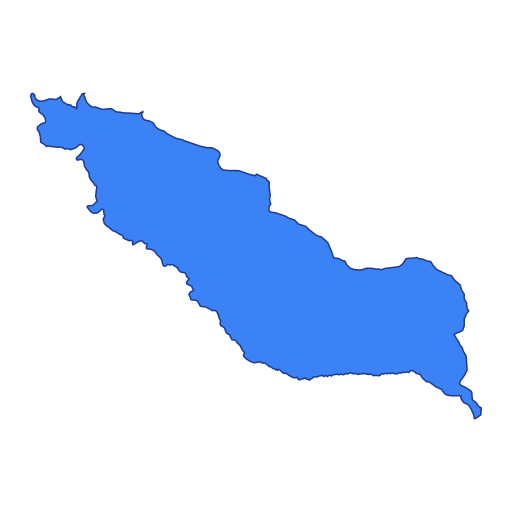 Mjanyane, Quthing, Lesotho
{"feature_id": "5366337B93918121901392", "entity_name": "Mjanyane", "entity_type": "district", "adm_level": 2, "iso_a3": "LSO", "parent_name": "Lesotho", "parent_adm1": "Quthing", "projection": "mercator", "projection_center": [27.716, -30.528], "detail": "fine", "context": "isolated", "style": "filled", "palette": "blue", "viewbox_px": 512, "rotation_deg": 0, "n_neighbors": 0, "source": "geoboundaries", "source_scale": "gbopen_adm2", "svg_char_len": 5984}
<svg xmlns="http://www.w3.org/2000/svg" viewBox="0 0 512 512"><path d="M60.5,96.6L59.9,97.2L56.2,99.4L49.4,98.9L43.1,101.1L39.5,101.1L36.4,99.7L34.5,96.6L34.9,95.7L33.3,93.5L31.5,93.7L31.0,94.9L30.7,96.6L32.1,101.7L33.3,104.0L34.7,105.7L36.8,107.2L38.2,107.3L39.1,108.5L39.1,109.3L38.6,110.7L39.2,111.9L40.8,113.3L42.5,114.2L45.2,118.0L45.6,121.0L45.5,122.2L45.1,122.7L42.0,123.5L40.3,124.5L39.2,125.7L37.7,126.6L37.3,127.6L37.4,129.8L38.7,131.3L39.2,132.4L40.4,137.0L40.7,142.2L44.2,144.3L46.7,146.6L47.9,145.7L51.0,146.5L57.5,147.2L61.6,147.1L64.8,149.1L66.6,148.7L68.9,148.9L70.1,149.7L72.6,149.1L76.4,147.5L78.9,145.0L80.7,144.4L82.2,144.9L83.1,145.8L84.3,148.3L84.2,149.0L80.5,153.9L78.7,155.9L77.2,157.0L76.2,158.9L77.3,160.1L78.7,160.0L80.0,159.3L82.2,159.8L83.5,160.4L84.6,166.4L87.0,170.4L88.3,171.6L89.3,174.6L89.1,175.7L89.6,177.6L90.0,177.8L90.2,178.7L91.8,181.2L93.3,182.5L94.5,184.8L96.8,186.4L95.7,195.9L96.2,198.6L96.5,198.9L96.9,200.1L96.9,201.3L92.8,205.4L87.5,206.0L87.2,207.2L89.5,210.2L91.0,211.9L93.7,213.3L96.5,213.1L98.7,212.1L102.1,209.0L103.6,209.6L103.7,212.3L104.1,213.4L104.0,214.3L104.9,215.6L105.0,216.6L104.2,217.2L103.3,219.0L103.5,221.0L104.1,222.0L104.2,223.4L107.0,226.2L108.5,227.1L112.8,230.7L115.4,231.6L120.5,234.8L122.2,235.1L123.1,236.6L123.4,238.0L123.9,238.4L129.3,240.8L131.4,240.3L132.5,240.9L132.8,241.8L132.4,243.1L132.7,244.5L133.2,244.7L138.7,241.5L140.9,240.9L141.9,241.0L142.7,241.6L144.8,243.7L146.6,243.6L147.0,243.9L147.2,244.6L146.3,247.0L146.6,248.6L147.5,249.0L150.5,249.1L154.4,251.0L157.0,254.5L160.7,258.1L162.2,261.1L162.3,262.8L163.4,265.7L164.3,266.2L165.4,266.2L167.8,264.4L170.0,265.1L171.0,264.5L172.6,264.7L177.3,267.7L178.7,270.0L180.6,272.0L184.5,272.7L185.7,273.5L186.9,277.0L188.6,278.2L189.0,278.8L186.6,282.0L186.7,283.9L191.7,286.3L192.5,288.4L193.7,290.0L192.6,291.0L190.7,291.8L189.0,294.1L189.2,295.2L190.4,297.5L190.6,299.1L191.3,299.8L193.9,300.0L196.9,300.6L199.2,303.8L199.8,305.5L200.8,306.4L205.7,306.9L210.6,309.5L212.1,310.6L215.3,310.5L217.0,311.9L218.5,315.5L219.1,318.2L220.3,320.0L220.5,321.6L220.1,322.9L220.2,324.6L221.3,326.0L222.9,326.7L224.4,327.8L226.2,332.6L227.1,333.5L230.1,335.2L230.2,336.8L231.2,337.7L231.4,338.9L232.0,339.8L234.8,339.9L236.3,341.5L237.3,343.0L240.1,345.4L242.0,349.6L244.5,352.6L244.5,353.3L243.5,354.8L243.6,356.2L246.1,358.8L249.9,361.2L253.6,362.7L255.5,362.7L256.9,362.3L258.2,362.4L259.6,361.7L260.6,361.9L261.2,362.7L263.7,363.2L264.2,362.9L265.2,363.1L267.6,365.1L268.4,365.2L268.6,366.0L269.0,366.5L270.6,366.7L272.8,368.4L275.0,369.0L275.7,369.8L276.6,369.8L277.4,370.4L278.2,369.4L278.7,369.2L280.9,370.9L282.0,372.2L283.1,372.6L283.5,373.4L285.9,373.3L287.5,374.2L288.7,375.3L292.9,377.5L295.5,377.8L296.9,377.1L298.2,379.3L299.9,379.9L301.5,378.8L303.0,378.9L304.6,378.1L305.5,378.3L306.7,379.2L308.3,379.3L309.3,380.1L310.1,379.3L311.9,378.6L313.5,377.0L317.7,376.8L319.0,375.9L320.1,375.9L321.4,375.4L324.5,376.5L325.2,375.6L326.1,375.5L327.2,376.6L329.2,375.2L330.2,375.3L331.2,376.0L332.6,375.4L333.5,374.5L335.9,374.6L337.2,373.9L339.0,374.9L340.4,374.2L343.5,374.7L344.1,374.6L345.0,373.6L347.8,374.0L349.9,372.7L352.0,373.3L352.6,373.7L353.7,373.9L355.0,373.3L358.3,374.4L359.0,374.3L359.5,373.8L362.4,373.9L364.8,373.5L366.9,374.3L367.6,374.0L368.5,374.5L370.9,374.2L372.3,374.7L373.2,375.6L374.8,375.6L375.2,375.3L378.1,375.7L380.1,375.5L380.2,374.8L381.9,373.7L383.6,374.1L385.3,373.3L387.5,373.8L388.5,373.2L390.3,373.6L391.1,373.2L392.8,373.0L394.2,373.8L395.9,373.7L397.0,374.0L399.2,372.6L400.8,373.1L402.8,372.3L404.5,372.5L406.2,371.9L409.0,372.5L410.3,370.6L411.3,370.5L414.2,371.4L416.2,373.3L419.7,374.2L420.9,375.4L422.5,378.1L426.6,381.8L429.0,381.8L436.2,387.0L441.6,389.4L444.3,393.4L447.1,395.1L451.5,395.8L460.8,395.8L460.9,398.1L462.2,400.6L463.9,402.7L468.3,404.7L470.4,407.8L472.2,411.2L473.8,415.3L474.3,418.5L475.6,418.4L480.8,414.8L481.3,408.0L478.3,406.2L476.7,403.2L472.3,399.6L471.8,392.6L471.0,391.1L468.0,388.9L464.7,387.0L461.1,385.4L459.6,383.7L460.0,381.5L464.6,375.1L467.1,370.1L466.4,359.3L466.0,355.9L463.2,351.0L462.1,347.4L459.6,344.6L459.1,342.7L454.1,334.7L456.5,333.0L459.1,332.3L462.7,330.2L464.2,326.0L464.3,318.7L466.8,313.2L468.7,310.9L467.0,308.5L466.6,303.2L464.2,298.4L464.2,294.1L461.7,290.3L460.0,284.8L454.7,280.3L451.3,275.6L447.6,274.8L436.7,269.5L432.9,265.2L430.8,261.6L426.5,260.8L422.2,259.0L419.3,258.7L416.7,257.5L413.1,258.2L408.6,258.2L406.1,258.7L402.6,264.0L399.1,266.7L385.3,268.4L381.5,269.7L378.3,269.0L376.3,269.2L372.7,268.4L366.6,268.2L362.5,269.6L360.0,270.1L354.4,269.5L351.2,268.6L349.8,267.8L346.8,265.0L344.8,261.0L342.7,260.7L338.5,258.5L333.6,257.8L331.8,252.1L327.9,242.9L326.1,241.0L321.2,236.8L318.4,236.2L315.7,234.9L309.0,229.6L305.9,226.4L298.3,224.0L294.6,220.0L288.4,218.0L286.0,216.4L280.2,214.3L278.6,214.0L276.6,213.0L270.5,212.0L268.8,210.3L269.1,206.6L270.8,204.0L269.8,201.4L269.6,198.2L270.2,195.7L269.1,186.6L269.3,182.2L268.3,181.0L266.6,179.9L266.6,178.6L256.4,174.2L255.5,175.7L249.8,174.5L239.1,170.8L234.8,170.5L228.6,170.6L223.1,169.9L220.6,167.9L218.8,165.3L217.9,162.7L217.8,160.4L219.4,157.3L220.0,155.1L219.7,153.1L218.7,151.4L215.5,149.4L212.2,147.9L206.6,147.6L200.0,146.1L184.7,140.9L182.5,139.8L176.1,138.3L170.3,135.4L166.8,133.5L164.1,131.0L161.2,130.3L158.6,129.1L155.8,127.2L153.3,123.0L149.5,121.0L144.7,120.0L143.0,118.5L141.9,116.2L141.6,113.6L142.8,112.4L142.8,111.6L138.8,113.8L129.6,113.1L123.5,112.9L119.9,112.1L116.7,112.0L113.5,110.2L113.2,109.7L111.6,108.8L108.2,108.8L102.8,109.4L100.6,108.9L95.5,107.0L91.8,107.2L91.0,106.2L89.1,104.9L86.6,102.2L85.4,99.3L84.9,97.0L84.3,96.5L84.0,95.6L83.8,94.3L84.4,93.5L82.5,93.7L82.0,94.2L77.5,101.7L76.9,103.8L76.8,107.9L76.6,108.5L76.3,108.5L74.4,106.8L73.7,106.7L73.0,107.1L72.4,106.9L72.0,106.6L71.6,105.7L70.5,104.9L69.7,105.2L68.6,104.5L67.7,105.0L65.2,103.2L63.1,102.0L61.8,100.4L61.8,99.6L60.9,98.3L61.0,97.9L60.5,96.6Z" fill="#3b82f6" stroke="#1e3a8a" stroke-width="1.5"/></svg>